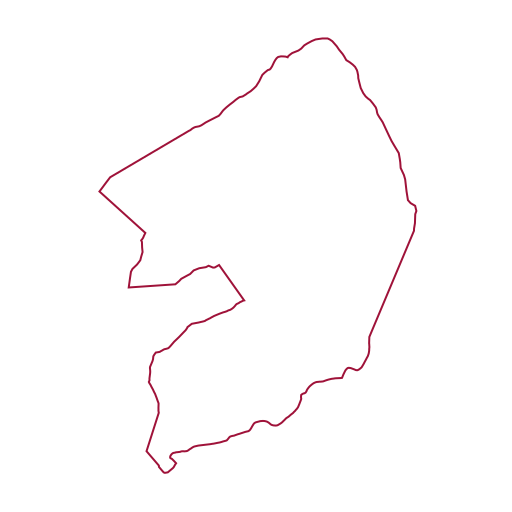 Balca, Choiseul, Saint Lucia (Albers equal-area conic projection), rotated 182°
{"feature_id": "8701671B30970661206572", "entity_name": "Balca", "entity_type": "district", "adm_level": 2, "iso_a3": "LCA", "parent_name": "Saint Lucia", "parent_adm1": "Choiseul", "projection": "albers", "projection_center": [-61.023, 13.772], "detail": "fine", "context": "isolated", "style": "outline", "palette": "rose", "viewbox_px": 512, "rotation_deg": 182, "n_neighbors": 0, "source": "geoboundaries", "source_scale": "gbopen_adm2", "svg_char_len": 5094}
<svg xmlns="http://www.w3.org/2000/svg" viewBox="0 0 512 512"><g transform="rotate(182 256 256)"><path d="M345.6,41.8L342.6,38.5L341.2,37.0L340.7,36.5L339.5,36.1L338.5,36.3L337.6,36.5L336.6,36.7L335.6,37.6L334.6,38.5L333.6,39.4L332.7,40.2L331.7,41.1L330.8,42.2L329.9,44.0L329.4,44.9L328.6,46.1L331.0,48.5L332.4,49.8L333.1,50.4L333.9,50.7L334.7,51.3L334.8,52.1L334.6,53.1L334.3,53.7L333.5,54.9L332.8,55.6L332.0,56.2L331.0,56.5L330.2,56.6L329.2,57.0L327.7,57.2L325.1,57.6L323.9,58.1L322.8,58.3L321.4,58.3L320.5,58.3L319.0,58.5L317.9,58.8L317.1,59.3L315.6,60.5L314.2,61.4L313.2,62.2L311.8,63.1L310.8,63.5L309.7,63.8L307.1,64.5L304.6,64.9L300.7,65.5L298.1,65.9L295.4,66.3L293.0,66.8L292.2,66.9L290.0,67.4L288.0,67.9L285.7,68.4L284.1,68.9L282.2,69.6L281.5,69.8L279.5,70.4L278.7,70.8L277.8,71.9L277.4,72.4L276.5,73.7L275.7,74.5L274.6,75.0L273.2,75.4L271.7,75.7L269.5,76.6L268.0,77.2L266.4,77.7L264.8,78.3L262.6,79.1L260.7,79.8L259.3,80.2L257.4,80.7L256.2,81.7L255.6,82.5L254.7,84.0L254.1,85.2L253.4,86.5L252.7,87.7L252.1,88.6L251.1,89.4L250.3,89.8L248.0,90.5L247.3,90.7L246.1,91.1L243.6,91.4L242.0,91.4L240.7,91.2L239.4,90.9L238.4,90.4L237.5,89.9L236.3,89.0L235.5,88.3L234.3,87.7L232.6,87.3L231.5,87.3L230.8,87.2L229.2,87.4L228.2,87.8L226.5,88.9L225.3,89.7L224.0,90.8L222.9,92.0L221.9,93.0L221.2,93.8L220.2,94.9L219.4,95.5L217.9,96.5L215.7,98.6L213.5,100.4L212.6,101.5L211.5,102.6L210.8,103.6L209.8,104.7L208.7,106.4L208.1,108.0L207.6,109.3L207.1,110.8L206.6,112.2L206.0,114.0L205.8,114.9L206.0,115.8L206.1,116.8L206.0,118.7L205.0,119.6L203.7,120.3L202.7,120.5L201.6,121.3L200.8,122.7L200.6,123.5L199.9,124.8L199.0,126.1L198.1,127.3L197.1,128.3L195.9,129.4L194.8,130.3L193.8,131.0L192.2,131.8L191.0,132.2L189.4,132.4L188.1,132.6L186.7,132.7L184.6,133.0L183.3,133.5L182.4,133.9L180.8,134.5L179.0,135.1L177.2,135.6L176.1,135.9L174.2,136.2L172.7,136.5L170.7,136.7L169.2,136.8L167.0,137.0L165.8,137.2L165.6,137.7L164.5,140.7L163.3,143.4L162.6,144.9L161.4,146.4L160.5,147.2L159.4,147.5L157.4,147.3L153.5,146.0L152.4,145.5L151.4,145.4L150.6,145.4L149.4,146.0L148.0,147.1L146.6,148.4L145.8,149.8L144.7,151.8L143.6,154.1L142.5,156.3L141.5,158.4L140.8,159.7L140.2,161.6L139.9,162.8L139.7,164.5L139.6,165.2L139.6,167.3L139.5,168.9L139.7,171.0L139.8,172.2L139.9,172.6L139.9,179.1L99.0,286.7L99.0,288.9L98.3,294.3L98.3,303.4L97.3,306.6L98.7,311.7L103.3,314.2L106.1,317.1L107.8,325.8L109.6,337.8L111.0,342.1L114.5,349.0L115.1,354.7L115.7,358.1L116.9,363.8L121.7,371.2L124.5,375.6L127.0,380.3L130.6,387.3L134.0,394.0L135.5,396.2L137.6,399.1L139.4,401.9L140.0,403.6L140.6,406.4L141.5,408.7L144.5,412.5L147.4,415.8L149.5,417.2L152.0,419.3L154.5,422.5L157.2,427.5L158.9,433.3L160.0,437.3L160.2,440.0L161.1,443.7L161.7,445.4L163.6,448.5L165.9,450.6L169.1,452.9L172.6,454.9L174.8,458.5L176.4,460.8L180.2,465.1L182.6,468.4L187.2,473.3L189.9,475.0L192.0,475.9L197.4,475.7L204.0,474.5L207.7,472.8L212.3,470.1L215.1,468.2L216.7,466.4L217.2,465.8L218.1,464.8L220.8,462.8L226.9,460.1L228.7,458.7L230.8,456.8L231.3,455.7L233.3,456.3L235.6,456.4L238.0,456.4L240.8,455.7L242.2,454.5L243.4,452.8L244.6,450.6L246.6,446.0L248.0,443.7L248.9,442.8L250.5,442.3L251.4,441.6L253.9,439.4L256.0,437.2L257.3,434.3L258.9,430.7L261.8,425.7L264.2,423.2L267.1,420.5L270.7,418.0L271.6,417.2L274.9,415.0L277.9,414.2L279.0,413.5L281.8,411.3L284.1,409.2L286.3,407.4L287.3,406.6L290.8,403.5L293.6,400.7L294.4,399.7L296.4,396.8L298.1,394.8L300.9,393.3L307.4,389.7L311.1,387.6L312.6,386.5L315.2,384.7L317.2,383.7L318.4,383.4L321.1,382.8L322.6,382.1L324.3,381.0L326.0,379.5L327.5,378.7L404.5,329.6L408.4,324.1L414.7,315.0L367.4,275.2L368.6,272.5L369.4,270.4L370.2,269.0L371.3,267.6L370.5,266.1L370.1,260.5L369.5,256.0L370.7,251.4L371.5,247.7L374.6,243.3L379.0,238.8L380.4,235.9L381.1,229.8L381.5,225.9L382.1,220.1L335.6,224.9L331.8,228.4L329.9,230.6L324.0,234.1L321.2,235.7L317.8,239.4L314.4,240.9L312.3,241.8L305.7,243.1L303.0,244.6L298.5,242.9L296.8,243.1L292.6,245.7L266.3,211.2L267.1,211.0L267.7,210.7L269.3,209.8L270.1,209.5L271.3,208.6L271.9,208.2L272.9,207.7L273.7,207.3L274.2,206.8L274.6,206.3L275.4,205.2L276.7,203.7L278.1,202.5L279.1,201.8L280.1,201.2L281.7,200.7L283.2,199.8L285.0,199.1L286.9,198.5L289.6,197.4L290.8,196.9L292.1,196.3L293.0,195.9L294.5,195.2L296.0,194.5L297.3,193.7L298.4,193.1L299.4,192.4L300.3,191.9L300.8,191.7L302.2,190.9L303.6,190.2L304.8,189.3L306.0,188.9L307.4,188.5L308.6,188.2L311.1,187.5L317.8,186.0L321.3,183.1L321.9,182.7L322.3,181.7L323.0,180.5L323.8,179.3L326.0,176.9L330.2,172.2L334.8,167.5L338.3,163.1L339.7,161.5L340.5,160.8L341.9,160.3L342.9,160.0L344.1,159.7L345.0,159.3L346.5,158.3L347.9,157.5L348.9,156.8L352.8,156.0L353.5,154.9L354.2,153.9L355.1,152.2L355.2,150.9L355.3,149.3L355.8,147.3L358.0,141.5L358.1,140.4L357.9,139.0L357.7,137.2L357.7,135.4L357.9,133.2L358.2,130.0L358.1,128.0L358.7,126.4L358.0,125.0L357.1,123.8L355.9,121.6L354.3,118.9L353.2,116.7L352.0,114.6L351.3,112.9L350.4,110.8L349.9,109.5L349.2,107.7L348.5,106.1L348.2,105.1L348.2,103.7L348.2,101.8L348.2,100.8L348.1,99.2L348.1,97.9L347.7,95.9L358.6,57.1L345.8,43.2L345.6,41.8Z" fill="none" stroke="#9f1239" stroke-width="2"/></g></svg>